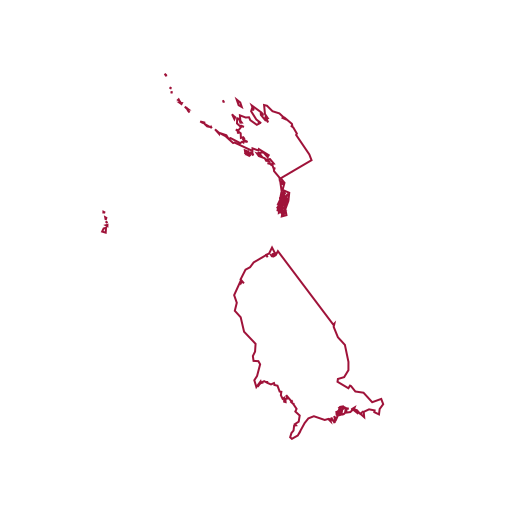 an SVG outline of United States of America, rotated 53°
{"feature_id": "USA", "entity_name": "United States of America", "entity_type": "country or territory", "adm_level": 0, "iso_a3": "USA", "parent_name": "North America", "parent_adm1": "", "projection": "robinson", "projection_center": [-126.716, 45.186], "detail": "fine", "context": "isolated", "style": "outline", "palette": "rose", "viewbox_px": 512, "rotation_deg": 53, "n_neighbors": 0, "source": "natural_earth", "source_scale": "50m", "svg_char_len": 6168}
<svg xmlns="http://www.w3.org/2000/svg" viewBox="0 0 512 512"><g transform="rotate(53 256 256)"><path d="M429.9,252.4L442.7,251.2L445.5,242.0L450.9,243.6L452.6,249.3L456.5,253.1L451.9,255.5L450.7,254.2L446.5,258.0L445.3,263.8L449.8,266.6L445.8,267.4L444.7,266.0L444.7,267.8L439.9,268.2L436.7,270.5L436.8,269.2L436.3,268.4L436.0,271.5L437.1,272.0L437.4,274.6L435.5,278.0L432.5,275.9L433.7,273.8L432.2,275.3L433.3,277.6L434.6,279.0L435.1,280.5L433.0,286.0L433.3,282.5L430.3,279.3L431.3,275.8L429.0,276.9L430.8,281.9L428.2,280.4L427.4,280.6L427.8,279.0L427.7,278.5L427.1,279.7L427.3,280.8L431.2,282.8L428.0,281.6L431.3,284.2L429.8,284.4L431.8,286.4L431.5,286.7L430.4,285.7L428.2,285.2L431.2,287.1L432.9,287.0L435.5,291.7L433.3,288.1L434.2,290.4L430.9,289.9L434.7,291.6L433.6,293.7L430.3,293.0L432.4,294.1L431.0,295.1L433.0,295.9L429.6,296.4L428.3,299.8L418.8,306.2L417.2,311.9L418.7,317.7L424.5,330.6L423.6,337.4L421.3,337.8L418.7,334.2L418.0,331.1L414.4,327.6L415.3,326.0L413.7,326.1L414.0,321.6L409.7,317.1L403.9,318.2L402.5,315.6L396.7,315.3L397.3,314.3L396.4,315.3L393.8,315.8L393.5,313.8L393.2,315.2L385.3,315.6L388.8,316.6L387.8,318.5L390.5,320.3L389.3,321.2L386.2,318.8L386.1,320.7L382.1,319.9L379.7,317.5L378.5,318.7L372.5,316.9L369.4,319.5L370.2,318.8L368.3,318.1L367.6,321.3L364.2,323.3L362.7,322.4L363.6,323.5L360.9,324.8L360.1,328.3L358.9,327.8L360.9,334.6L354.2,332.1L352.5,327.4L345.0,317.9L341.4,317.4L338.3,321.1L334.0,318.7L331.8,314.3L325.9,309.2L309.3,311.1L295.7,305.1L287.0,305.9L281.8,299.5L274.1,297.0L267.2,284.3L268.7,284.6L267.8,282.3L270.6,282.1L265.4,282.4L260.6,272.6L261.4,267.5L259.7,261.7L261.4,247.2L264.0,247.5L261.2,247.0L261.9,244.1L258.9,238.1L265.4,239.2L264.2,242.3L266.2,240.1L266.1,242.7L264.6,243.4L265.7,243.5L266.9,242.4L267.2,239.7L265.3,235.6L357.3,235.6L357.1,234.0L359.3,236.6L370.2,239.5L380.5,238.5L396.2,245.9L402.8,250.9L405.8,258.5L403.5,264.6L405.5,266.6L417.2,261.8L416.1,258.9L417.1,258.4L424.0,258.2L429.9,252.4ZM241.7,207.1L239.9,211.6L238.4,210.0L239.4,209.4L238.6,206.3L236.2,207.1L235.1,208.4L237.0,205.8L233.1,202.4L231.1,201.9L230.6,200.1L232.3,200.4L231.0,199.3L232.1,199.1L229.5,198.3L230.1,196.5L227.3,196.8L225.7,192.9L226.3,197.6L223.8,197.0L223.2,194.4L222.9,195.5L220.6,194.5L223.3,196.8L221.6,197.6L212.2,192.4L213.2,190.8L213.8,192.1L214.8,191.2L213.5,190.5L210.3,191.7L207.5,190.1L199.1,190.5L197.0,189.3L197.8,188.0L196.0,189.1L192.2,187.8L193.0,186.2L187.0,186.5L185.7,188.7L187.8,188.7L186.1,190.6L183.2,190.2L177.9,193.6L174.8,193.5L177.9,191.5L175.5,191.5L177.8,187.7L184.7,187.2L181.9,186.0L184.0,184.8L172.3,189.4L173.2,190.6L167.9,194.0L169.9,195.6L152.5,204.9L152.0,206.3L142.0,208.2L135.4,211.3L141.7,207.0L146.0,207.4L146.5,205.4L156.4,200.6L156.4,198.4L157.8,197.8L157.0,196.9L159.8,194.1L155.1,196.1L154.4,195.2L155.8,194.7L153.5,194.7L152.6,197.0L148.8,194.4L143.0,196.0L145.0,194.2L143.8,189.5L145.6,187.9L142.9,189.5L143.0,190.6L138.7,191.4L135.1,188.5L137.2,187.1L140.1,188.3L140.9,187.1L136.3,187.0L137.3,186.3L134.0,184.2L139.2,180.9L141.0,178.1L144.1,178.8L151.7,176.4L152.1,174.1L150.9,173.4L153.0,172.0L147.2,173.6L137.5,172.8L135.9,170.6L138.3,170.1L133.2,168.8L144.7,165.3L146.8,165.2L147.1,165.4L145.5,166.7L146.3,167.2L154.1,166.8L152.0,166.1L150.3,164.2L151.1,164.0L152.8,165.8L156.6,165.9L152.3,164.9L153.0,163.7L148.0,163.4L140.3,158.7L142.6,156.8L150.3,155.7L156.2,151.5L161.3,150.6L161.7,151.7L163.3,150.8L161.5,150.5L162.8,149.9L172.1,147.8L174.2,148.8L172.9,149.7L175.9,148.9L182.8,149.7L183.5,151.1L207.0,152.3L212.9,154.0L208.8,189.4L214.7,189.2L219.2,195.0L225.5,191.4L231.5,197.0L236.2,204.3L241.7,207.1ZM168.0,199.2L172.8,200.3L170.5,200.6L171.2,201.2L169.3,201.7L167.7,202.4L166.7,203.5L167.5,202.7L164.9,201.3L167.0,200.0L168.0,201.4L168.0,199.2ZM230.6,205.3L234.9,208.7L233.8,208.3L233.4,208.8L235.5,209.8L235.3,211.8L230.2,207.5L231.6,207.0L230.0,206.8L230.6,205.3ZM143.9,364.2L142.3,361.1L143.2,358.8L146.9,362.0L143.9,364.2ZM119.5,177.3L123.9,176.2L128.4,177.7L125.1,179.1L119.5,177.3ZM221.6,198.7L226.6,198.6L225.4,199.5L226.6,200.7L224.7,200.0L223.5,200.8L221.6,198.7ZM132.6,189.1L133.7,190.9L128.4,189.8L130.3,189.7L132.6,189.1ZM225.0,200.5L227.4,203.8L227.1,205.8L224.9,201.6L223.7,202.6L225.0,200.5ZM226.8,197.2L228.9,198.0L230.1,200.1L228.7,198.5L229.8,201.1L228.1,202.4L226.8,197.2ZM130.2,212.5L135.3,211.4L136.1,212.0L130.2,212.5ZM237.8,206.8L238.0,209.8L236.0,209.8L237.8,206.8ZM441.7,269.5L443.7,269.2L436.7,271.0L442.3,268.8L441.7,269.5ZM229.5,202.6L232.7,203.1L231.5,203.3L231.9,204.7L229.5,202.6ZM119.6,217.6L125.3,215.1L123.1,217.0L119.6,217.6ZM171.5,196.9L174.0,197.6L169.6,198.3L171.5,196.9ZM228.2,203.3L230.2,204.0L228.6,206.3L228.2,203.3ZM119.1,217.5L117.1,218.7L115.0,219.6L118.3,216.9L119.1,217.5ZM234.4,204.6L234.3,206.9L233.3,205.9L234.4,204.6ZM141.1,357.4L141.7,355.9L142.7,356.7L141.1,357.4ZM97.8,222.5L93.9,223.0L98.4,221.7L97.8,222.5ZM231.9,209.8L233.1,212.0L230.9,209.4L231.9,209.8ZM135.5,352.6L136.7,354.3L134.3,353.1L135.5,352.6ZM188.8,191.0L190.1,189.2L190.7,189.5L188.8,191.0ZM55.5,219.2L57.5,218.9L58.4,219.5L55.5,219.2ZM130.5,350.4L129.4,351.7L128.8,351.2L130.5,350.4ZM89.3,223.1L89.8,224.1L87.9,224.7L89.3,223.1ZM86.0,223.8L84.4,224.4L84.3,223.5L86.0,223.8ZM111.7,188.7L113.6,189.0L114.0,189.4L111.7,188.7ZM192.0,188.7L193.4,189.0L191.6,189.0L192.0,188.7ZM233.6,204.9L232.7,205.6L232.3,205.2L233.6,204.9ZM229.9,208.7L231.4,208.7L230.2,209.6L229.9,208.7ZM98.2,222.5L100.3,222.7L101.4,222.7L98.7,222.9L98.2,222.5ZM137.9,355.2L139.2,354.8L140.1,355.0L137.9,355.2ZM87.8,223.3L85.7,224.4L87.8,223.3ZM265.9,238.1L266.8,239.8L266.7,240.1L265.5,238.8L265.9,238.1ZM127.2,214.4L126.1,214.6L125.9,214.2L127.2,214.4ZM361.5,333.4L360.4,330.5L360.4,328.9L360.6,330.6L361.5,333.4ZM146.7,196.3L146.1,195.9L147.5,195.4L146.7,196.3ZM74.4,224.6L75.3,225.6L73.6,224.5L74.4,224.6ZM170.0,202.1L169.0,202.6L168.8,202.4L169.2,201.9L170.0,202.1ZM70.6,223.3L69.4,223.5L71.1,222.6L70.6,223.3ZM360.8,327.4L360.4,328.7L361.4,326.2L360.8,327.4ZM422.8,326.3L423.9,328.9L422.6,326.1L422.8,326.3ZM436.1,293.3L435.4,294.3L435.7,291.9L436.1,293.3ZM435.0,281.5L434.4,282.9L435.0,281.0L435.0,281.5Z" fill="none" stroke="#9f1239" stroke-width="2"/></g></svg>